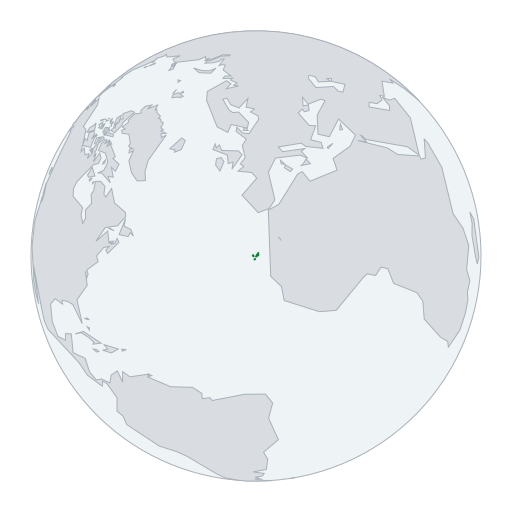 Santa Cruz de Tenerife on an orthographic globe, rotated 326°
{"feature_id": "ESP-5842", "entity_name": "Santa Cruz de Tenerife", "entity_type": "Autonomous Community", "adm_level": 1, "iso_a3": "ESP", "parent_name": "Spain", "parent_adm1": "", "projection": "orthographic", "projection_center": [-17.219, 28.249], "detail": "fine", "context": "on_globe", "style": "filled", "palette": "green", "viewbox_px": 512, "rotation_deg": 326, "n_neighbors": 0, "source": "natural_earth", "source_scale": "10m", "svg_char_len": 10464}
<svg xmlns="http://www.w3.org/2000/svg" viewBox="0 0 512 512"><g transform="rotate(326 256 256)"><circle cx="256" cy="256" r="225" fill="#eef3f6" stroke="#a8b0b8"/><path d="M181.8,43.3L179.2,44.4L181.0,44.0L188.4,41.2L191.9,40.3L197.4,38.7L200.9,38.1L196.8,40.1L199.0,39.9L204.1,38.1L210.8,36.8L203.0,39.4L213.9,37.6L209.1,42.1L185.3,52.1L185.7,56.2L169.4,71.6L174.0,70.5L170.8,76.5L174.9,77.7L170.7,80.9L177.6,79.2L180.6,76.2L184.7,74.6L187.4,75.2L182.5,79.1L180.4,79.3L180.4,80.8L176.8,82.6L180.1,82.1L173.9,87.1L184.0,83.2L182.3,88.2L177.1,91.2L172.6,89.4L149.2,94.2L142.6,97.9L137.7,104.3L139.3,118.8L134.0,124.0L130.6,132.0L135.8,129.5L140.3,122.5L149.2,120.4L153.7,112.8L157.9,111.1L164.6,104.4L169.0,107.2L169.7,113.8L164.4,119.8L164.5,123.1L174.0,119.3L168.4,132.9L172.1,146.8L170.0,150.5L158.1,153.5L146.9,148.1L131.5,154.3L147.0,152.4L141.6,162.7L143.0,165.6L146.5,166.6L150.6,163.8L150.0,168.1L134.4,170.9L134.8,167.0L139.7,165.9L134.4,163.8L123.9,166.8L122.0,172.4L108.1,173.0L106.6,177.2L102.7,180.1L106.0,173.1L99.7,185.9L83.1,192.2L74.1,215.0L77.0,193.8L74.4,188.3L70.4,184.2L68.7,187.8L65.6,179.1L58.9,180.9L50.5,196.2L46.9,211.8L50.9,219.3L54.8,213.9L59.3,217.3L50.3,233.9L57.2,245.3L53.1,259.4L54.4,269.5L59.2,271.6L63.9,279.5L69.2,273.8L76.8,273.7L74.9,285.9L80.8,277.3L83.9,285.7L100.4,293.6L98.6,295.8L112.2,316.7L130.0,329.5L134.2,339.6L131.7,344.2L138.6,347.8L138.8,351.3L169.0,364.1L186.6,375.8L187.6,387.2L175.7,397.5L171.9,420.7L152.5,422.9L152.2,430.8L145.2,438.8L132.8,433.3L141.2,440.9L138.4,441.9L131.6,439.0L134.7,442.6L130.0,440.3L136.2,444.5L135.0,445.6L142.9,450.7L143.4,451.1L122.2,437.3L118.9,434.4L118.2,434.1L106.5,422.9L101.7,415.0L86.8,383.5L81.5,374.7L69.6,359.6L54.6,323.6L56.3,314.3L54.0,306.9L61.5,296.0L61.1,278.5L58.9,274.1L55.7,278.0L49.6,260.4L49.6,245.4L42.6,200.3L44.3,191.3L48.3,181.2L66.2,139.5L49.1,174.1L52.2,164.6L58.4,150.8L59.6,149.8L70.1,132.1L75.6,122.9L91.9,103.6L112.7,86.8L108.1,91.4L113.7,87.4L119.8,81.6L122.5,78.9L149.9,62.0L171.9,49.4L173.6,47.3L177.4,46.8L177.1,45.0L178.3,44.5L181.8,43.3ZM70.7,222.0L78.9,241.7L71.5,237.9L73.4,236.9L71.9,230.3L68.2,221.9L62.5,219.4L70.7,222.0ZM80.5,214.0L78.8,211.6L80.8,213.1L80.5,214.0ZM123.1,78.0L119.5,81.7L112.7,87.5L115.3,84.4L123.1,78.0ZM136.6,68.2L135.9,69.3L129.8,72.7L132.1,71.0L136.6,68.2ZM174.1,46.5L170.5,48.1L172.8,46.9L174.1,46.5ZM197.6,38.6L200.4,37.8L197.6,38.6ZM161.7,103.4L163.1,103.9L161.1,104.8L161.7,103.4ZM163.3,100.1L160.0,100.9L160.3,99.5L162.3,99.0L163.3,100.1ZM208.4,36.3L213.2,35.4L207.7,36.6L208.4,36.3ZM167.2,99.6L161.1,97.0L161.7,94.6L169.8,91.0L167.2,99.6ZM215.5,35.2L227.0,33.6L227.8,33.1L232.1,34.2L220.8,34.8L213.9,36.2L216.9,35.2L215.5,35.2ZM180.4,75.0L177.3,78.2L177.4,75.1L180.4,75.0ZM179.5,73.4L174.0,67.2L180.0,63.1L180.6,65.8L186.3,60.6L191.9,61.7L190.1,64.8L185.1,67.1L191.0,65.8L179.5,73.4ZM232.6,35.4L234.8,35.5L231.7,35.8L232.6,35.4ZM186.3,73.7L184.7,72.6L189.7,69.0L193.9,70.6L190.9,71.2L186.3,73.7ZM185.1,58.9L189.6,56.8L195.4,56.9L197.9,56.2L192.6,61.4L185.1,58.9ZM191.2,72.4L195.9,71.5L196.0,73.9L188.2,74.6L191.2,72.4ZM189.3,67.5L191.9,65.9L191.8,67.2L189.3,67.5ZM199.0,82.6L196.9,81.0L199.3,78.8L199.0,82.6ZM197.7,71.1L197.6,70.3L198.4,69.4L201.5,69.4L197.7,71.1ZM197.0,61.3L198.5,62.0L199.5,59.2L203.9,59.5L199.5,63.0L203.2,61.7L204.6,61.8L199.5,64.6L197.0,61.3ZM206.8,66.8L202.8,72.0L206.1,75.3L204.0,77.1L199.0,71.6L206.8,66.8ZM203.0,65.2L204.8,66.6L201.3,68.0L197.8,68.0L203.0,65.2ZM208.4,58.6L202.8,57.1L203.9,56.5L208.4,58.6ZM208.4,67.4L209.4,66.2L209.1,67.5L208.4,67.4ZM209.2,60.9L207.1,60.4L208.4,59.6L209.2,60.9ZM213.0,64.4L211.7,65.9L209.3,65.9L213.0,64.4ZM211.8,62.5L214.2,61.6L209.2,64.9L210.7,62.4L211.8,62.5ZM210.8,60.2L210.9,59.6L211.5,60.6L210.8,60.2ZM222.9,64.0L217.2,68.2L211.9,67.9L218.1,63.8L222.9,64.0ZM159.4,459.5L162.6,460.7L165.0,461.8L163.3,461.2L159.4,459.5ZM255.5,30.7L252.9,30.8L256.3,30.7L262.4,30.8L262.5,30.8L263.8,30.9L280.3,32.0L296.6,34.4L312.8,38.0L328.6,42.7L344.1,48.6L359.0,55.7L373.4,63.8L387.2,72.9L400.3,83.0L412.6,94.0L424.0,106.0L434.6,118.7L444.2,132.2L452.8,146.3L460.3,161.0L466.7,176.3L470.8,188.2L473.4,196.9L478.2,218.7L472.5,200.0L465.8,184.0L466.3,189.3L458.2,181.5L451.7,195.3L448.4,192.1L447.7,197.1L441.6,197.4L435.8,191.9L433.1,195.6L448.1,210.1L450.7,206.2L449.6,194.8L453.5,201.2L459.1,202.8L461.2,227.9L447.7,263.5L442.5,250.0L412.3,220.8L411.1,215.7L410.8,215.2L410.2,214.4L411.4,223.2L404.9,217.1L425.2,239.7L430.2,251.0L447.6,264.6L446.9,267.9L451.3,269.5L460.8,253.2L461.7,258.2L459.6,286.4L443.1,331.0L443.1,349.0L438.2,366.4L423.1,384.9L419.5,396.1L411.0,404.2L407.2,410.8L397.6,420.5L383.5,431.5L364.5,439.1L367.2,434.1L363.6,426.5L360.2,402.4L369.0,386.9L368.9,376.4L354.8,355.7L358.2,340.2L353.4,335.2L344.2,339.0L338.2,332.9L332.3,334.0L292.1,345.9L277.5,337.7L254.5,308.7L260.0,295.6L256.9,281.0L291.8,224.9L303.8,225.9L336.5,211.3L341.5,211.9L342.6,224.2L371.2,230.2L374.5,218.2L395.4,217.6L406.1,211.4L401.1,188.6L383.5,198.1L375.5,189.7L385.6,173.3L400.2,165.8L397.5,162.3L384.2,159.3L383.3,150.3L379.0,157.8L383.9,160.1L381.3,165.1L376.7,163.4L376.6,160.1L371.0,160.9L373.1,177.4L378.3,181.5L366.2,190.2L373.6,198.2L371.8,204.2L358.6,193.1L356.6,187.7L335.5,178.1L336.4,184.4L356.5,194.2L352.1,194.5L353.5,204.1L349.0,197.0L326.9,185.7L313.1,193.5L303.0,220.1L293.4,224.0L282.1,221.3L278.4,197.8L300.2,191.9L299.2,184.4L288.5,175.6L296.0,174.9L294.4,170.9L302.0,168.5L306.5,156.7L313.3,153.7L309.2,141.5L312.1,138.6L313.7,146.4L318.5,150.7L334.7,144.2L336.0,140.7L332.0,133.5L337.0,133.1L331.0,127.1L337.4,120.9L324.7,123.7L319.6,116.4L320.2,109.0L316.2,107.4L315.3,119.5L316.9,124.1L322.1,127.0L324.6,141.1L320.3,145.1L309.0,133.1L301.7,137.8L296.0,127.2L302.1,99.3L307.7,92.3L329.5,94.2L331.6,99.2L324.9,100.8L336.6,105.3L333.0,102.0L337.1,102.0L333.3,95.8L336.1,95.5L327.8,90.4L330.7,89.3L335.9,92.6L332.8,83.5L337.3,80.4L335.3,78.6L331.8,77.5L339.8,74.8L338.0,73.7L334.6,74.0L328.8,72.0L321.6,67.7L324.8,67.0L327.8,68.5L338.9,70.9L346.4,75.4L347.0,74.7L341.2,70.7L327.7,67.7L322.5,65.4L328.6,66.0L326.0,65.6L324.4,64.3L325.7,62.5L318.8,61.5L296.9,50.2L297.3,46.3L305.3,47.7L293.3,41.2L294.7,38.7L291.7,38.8L283.8,36.6L283.3,37.3L281.2,37.3L260.9,33.6L258.5,32.8L246.3,32.6L244.7,32.9L245.8,33.4L232.1,34.2L227.8,33.1L231.6,32.5L226.4,32.8L235.8,31.6L236.7,31.6L255.5,30.7ZM285.3,252.6L285.7,257.2L285.7,257.3L285.3,252.6ZM419.6,168.8L425.8,163.5L416.2,153.5L417.8,150.9L413.9,148.7L415.5,152.9L405.1,146.6L405.3,140.4L401.0,135.8L398.7,137.5L400.0,150.0L415.0,158.8L416.4,165.3L419.6,168.8ZM101.0,293.7L102.7,297.0L99.9,295.8L101.0,293.7ZM69.1,242.2L71.5,244.4L72.3,247.3L70.2,246.5L69.1,242.2ZM92.6,258.1L96.1,261.2L91.9,260.1L92.6,258.1ZM80.5,244.5L89.8,256.1L81.9,255.5L76.2,248.3L80.9,250.3L80.5,244.5ZM76.5,220.2L77.7,222.3L76.4,224.2L76.5,220.2ZM81.9,215.2L81.2,214.9L81.2,212.4L81.9,215.2ZM142.5,162.5L143.7,162.5L146.6,164.3L144.0,165.1L142.5,162.5ZM167.1,164.1L165.4,171.0L164.8,166.3L160.8,168.4L154.5,161.7L168.7,152.1L163.4,157.4L167.1,164.1ZM150.1,150.9L152.5,155.7L149.3,150.9L150.1,150.9ZM277.6,153.3L282.2,154.9L282.2,159.9L273.6,165.4L273.4,158.0L277.6,153.3ZM288.7,156.2L279.8,143.7L284.8,140.3L283.5,144.2L287.7,143.3L286.7,149.4L300.2,159.1L301.1,164.3L284.6,170.6L289.5,165.4L284.7,163.9L288.7,156.2ZM248.3,123.0L244.5,118.9L260.3,116.6L262.0,120.7L253.5,126.0L246.4,124.3L248.3,123.0ZM182.7,94.4L180.3,94.1L181.6,92.9L184.8,92.1L182.7,94.4ZM197.8,82.0L194.9,95.0L191.9,95.1L193.8,103.3L186.7,107.1L185.7,101.5L181.7,110.9L177.9,107.3L176.1,113.8L174.6,101.0L171.1,98.7L177.7,99.8L184.4,96.3L186.2,94.1L188.7,86.5L184.4,80.4L190.3,76.5L195.6,75.4L197.5,76.3L193.1,78.4L198.8,78.0L193.9,81.8L197.8,82.0ZM254.2,72.6L248.3,73.4L259.0,75.9L254.1,78.6L255.7,78.8L254.1,82.1L254.9,86.7L251.9,87.5L253.5,89.0L252.5,91.4L253.7,93.8L248.8,96.4L249.9,99.6L247.0,99.0L250.1,103.9L245.6,101.5L243.9,104.9L249.2,105.5L220.1,116.4L211.3,123.8L206.5,131.7L199.4,127.2L199.4,117.3L203.7,106.2L213.2,100.1L208.3,99.5L211.3,96.5L213.9,98.2L211.7,93.9L215.0,92.0L218.8,83.9L213.7,79.5L214.9,76.7L218.5,77.5L217.3,74.2L225.0,73.9L226.0,72.1L234.7,70.3L241.0,73.4L241.7,71.1L248.3,70.0L254.2,72.6ZM225.4,63.6L234.1,66.0L235.7,68.9L220.0,71.0L217.9,72.7L207.9,74.7L205.8,70.7L208.9,70.4L211.3,69.2L211.0,70.9L213.1,68.7L217.4,68.4L220.2,66.7L222.3,67.9L225.4,63.6ZM344.0,206.3L347.3,205.7L351.7,203.6L352.7,209.9L344.0,206.3ZM328.9,198.7L331.4,197.1L335.0,204.4L331.6,205.2L328.9,198.7ZM329.8,190.3L331.3,196.4L328.5,193.6L329.8,190.3ZM315.7,144.8L318.0,143.0L319.4,144.4L319.6,147.4L315.7,144.8ZM285.0,82.9L281.3,82.3L281.3,81.3L274.8,77.7L277.9,75.8L283.0,77.2L285.0,82.9ZM399.8,193.8L398.5,199.6L396.1,198.6L397.0,196.8L399.8,193.8ZM375.8,205.6L382.7,205.6L376.0,207.3L375.8,205.6ZM287.3,80.1L284.3,78.8L287.7,78.7L287.3,80.1ZM279.8,74.2L283.3,73.6L277.5,75.1L279.8,74.2ZM457.1,347.2L440.1,381.6L435.0,386.3L437.7,379.2L446.4,360.0L453.5,349.7L457.9,339.1L457.1,347.2ZM309.4,65.3L315.0,72.1L321.1,76.5L327.8,77.9L320.8,79.2L311.4,72.3L309.4,65.3ZM298.1,51.9L292.3,51.3L293.1,50.1L294.6,50.1L298.1,51.9ZM295.8,52.6L291.9,54.7L287.5,53.5L291.5,52.0L295.8,52.6ZM289.9,66.4L291.4,68.4L288.5,68.4L289.9,66.4ZM236.0,35.0L234.9,35.5L234.1,35.1L236.0,35.0ZM281.1,37.7L278.2,37.6L277.4,36.9L281.1,37.7ZM269.6,37.2L272.5,38.0L268.1,37.4L269.6,37.2ZM279.3,40.1L273.1,38.5L281.0,39.7L279.3,40.1Z" fill="#d9dde1" stroke="#a8b0b8" stroke-width="1"/><path d="M258.7,256.4L258.6,256.5L258.4,256.7L258.4,256.8L258.2,256.9L257.9,257.0L257.8,256.9L257.7,256.8L257.7,256.7L257.5,256.4L257.4,256.3L257.4,256.2L257.3,255.9L257.2,255.9L257.1,255.7L257.3,255.4L257.4,255.5L257.5,255.5L257.8,255.4L258.0,255.4L258.3,255.3L258.5,255.3L258.5,255.2L258.8,255.0L258.8,254.9L259.0,254.8L259.1,254.7L259.5,254.7L259.8,254.7L259.8,254.8L259.7,254.9L259.4,255.0L259.2,255.3L259.0,255.5L259.0,255.8L258.9,255.8L258.8,256.1L258.7,256.3L258.7,256.4ZM254.2,253.8L254.2,254.0L254.3,254.0L254.2,254.2L254.1,254.3L254.2,254.5L254.1,254.8L254.0,255.0L253.9,255.1L253.7,255.0L253.7,254.8L253.7,254.7L253.4,254.3L253.4,254.2L253.3,253.9L253.5,253.7L253.8,253.7L254.0,253.6L254.2,253.8ZM255.7,256.2L255.9,256.1L256.0,256.2L256.2,256.3L256.4,256.4L256.4,256.5L256.2,256.8L255.9,256.9L255.7,256.8L255.6,256.6L255.6,256.3L255.7,256.2ZM253.5,257.6L253.7,257.8L253.5,258.0L253.4,258.2L253.4,258.3L253.2,258.3L253.1,258.2L252.8,258.1L252.7,258.1L252.7,257.9L252.8,257.9L253.1,257.9L253.3,257.8L253.3,257.7L253.5,257.6Z" fill="#22c55e" stroke="#15803d" stroke-width="1.5"/></g></svg>